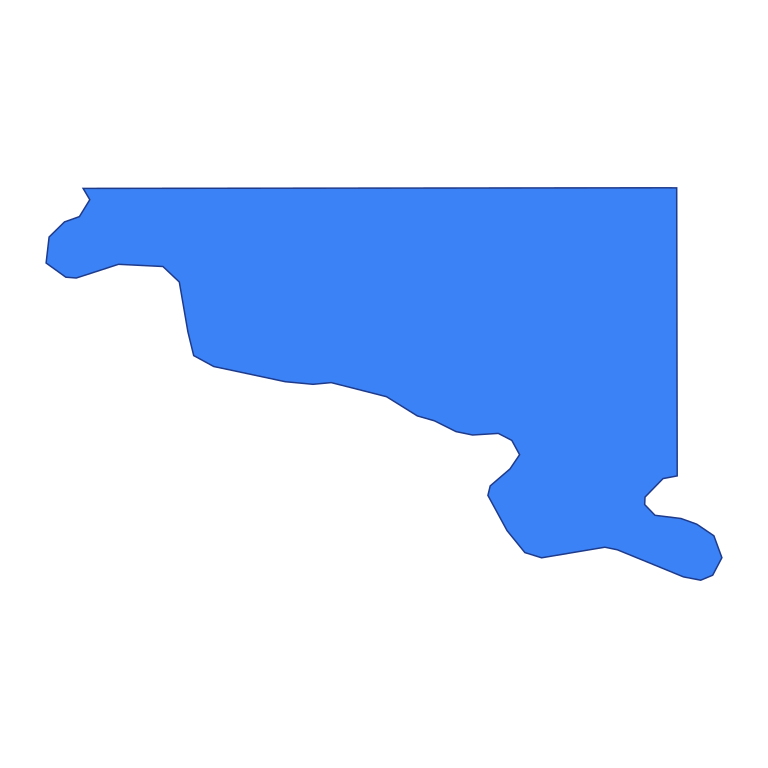 Hughes, South Dakota, United States of America
{"feature_id": "52423323B77405573289865", "entity_name": "Hughes", "entity_type": "district", "adm_level": 2, "iso_a3": "USA", "parent_name": "United States of America", "parent_adm1": "South Dakota", "projection": "natural_earth1", "projection_center": [-100.02, 44.323], "detail": "fine", "context": "isolated", "style": "filled", "palette": "blue", "viewbox_px": 768, "rotation_deg": 0, "n_neighbors": 0, "source": "geoboundaries", "source_scale": "gbopen_adm2", "svg_char_len": 700}
<svg xmlns="http://www.w3.org/2000/svg" viewBox="0 0 768 768"><path d="M667.9,187.8L83.1,188.4L89.8,199.7L79.4,216.6L64.5,221.9L49.1,237.0L46.1,263.0L65.8,277.2L76.3,278.0L118.5,264.3L162.9,266.5L179.3,282.0L187.9,331.8L193.7,355.6L213.7,366.5L285.2,381.7L313.0,384.3L331.2,382.6L386.5,396.7L417.3,415.9L434.4,420.8L456.0,431.6L472.5,435.0L498.3,433.4L511.8,440.4L519.6,454.7L510.0,468.9L490.2,485.9L487.9,495.4L507.1,530.7L524.9,552.6L541.6,557.8L604.8,547.2L617.4,549.8L683.5,576.9L700.7,580.2L712.7,575.2L721.9,557.7L713.9,535.8L696.8,524.2L681.0,518.5L655.0,515.3L644.7,504.6L645.0,497.1L663.0,478.6L677.2,475.9L676.7,187.9L667.9,187.8Z" fill="#3b82f6" stroke="#1e3a8a" stroke-width="1.5"/></svg>